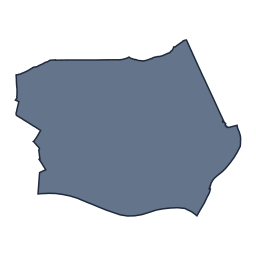 Barendrecht, Zuid-Holland, Netherlands
{"feature_id": "6326949B83173005742078", "entity_name": "Barendrecht", "entity_type": "district", "adm_level": 2, "iso_a3": "NLD", "parent_name": "Netherlands", "parent_adm1": "Zuid-Holland", "projection": "albers", "projection_center": [4.521, 51.852], "detail": "fine", "context": "isolated", "style": "filled", "palette": "slate", "viewbox_px": 256, "rotation_deg": 0, "n_neighbors": 0, "source": "geoboundaries", "source_scale": "gbopen_adm2", "svg_char_len": 5119}
<svg xmlns="http://www.w3.org/2000/svg" viewBox="0 0 256 256"><path d="M38.0,193.9L41.6,193.6L45.3,193.5L48.7,193.3L55.9,193.5L60.1,194.1L63.0,194.5L65.7,195.1L69.4,195.8L70.2,196.0L77.4,198.2L81.3,199.9L84.5,201.2L87.3,202.4L91.7,204.1L97.2,206.4L98.9,207.1L106.1,210.0L113.3,212.5L118.4,214.2L119.4,214.6L120.4,214.8L120.6,214.9L127.6,216.0L134.7,215.8L141.9,214.6L149.0,212.4L156.1,210.1L156.5,210.0L160.8,209.2L163.2,208.8L170.3,208.0L177.5,207.7L177.8,207.7L184.7,208.4L185.2,208.6L188.0,210.0L190.9,211.4L191.8,211.9L192.2,212.1L192.4,212.3L194.3,213.7L195.1,214.3L196.9,215.8L200.3,209.8L202.1,206.8L203.3,204.7L204.4,202.9L205.2,201.1L205.8,199.9L206.3,198.8L206.8,197.7L207.8,195.6L208.2,195.3L208.4,194.8L208.5,194.5L208.7,194.0L209.1,193.3L209.2,193.0L209.3,192.7L209.5,192.3L209.6,192.0L209.7,191.5L209.9,190.7L210.0,190.4L210.1,190.0L210.3,189.1L210.2,189.1L210.3,189.0L210.3,188.9L209.7,188.7L209.8,188.2L209.5,188.1L209.4,188.3L209.2,188.2L209.6,187.7L209.8,187.5L209.9,187.2L210.2,186.7L210.1,186.4L210.4,185.8L210.2,185.6L210.7,184.6L210.9,183.9L211.1,183.1L212.3,181.0L212.6,180.4L213.3,179.6L213.3,179.4L214.7,177.9L215.3,177.4L216.7,176.1L217.1,175.8L222.7,171.3L223.3,170.6L225.0,169.0L226.4,167.4L227.8,165.7L229.4,163.7L230.7,162.1L231.8,160.5L232.8,159.2L234.1,157.4L234.7,156.4L236.0,154.2L237.2,152.2L238.6,149.5L239.6,147.6L239.8,147.2L240.2,146.4L240.5,143.7L240.5,142.1L240.6,139.1L240.6,138.0L240.4,136.3L240.1,134.9L240.0,134.6L239.5,133.0L239.1,131.7L237.6,128.2L237.5,127.7L237.1,125.3L228.4,127.5L228.2,127.3L227.9,127.1L227.2,127.4L226.6,126.2L226.1,126.5L225.5,125.7L225.1,124.9L225.2,124.7L225.2,124.4L225.3,123.9L225.3,123.7L225.2,123.5L225.3,123.5L225.2,123.4L225.0,123.0L224.8,122.6L224.7,122.5L222.6,121.9L223.0,120.5L223.5,120.7L220.1,113.4L218.4,109.7L215.4,103.1L213.7,99.4L210.1,91.7L205.9,82.6L204.0,78.5L203.0,76.5L201.2,72.6L201.1,72.4L200.3,70.5L199.0,67.8L192.7,53.9L191.2,50.5L190.6,49.3L188.5,44.6L186.4,40.0L185.0,40.2L184.7,40.3L183.9,40.6L183.5,40.7L183.3,40.8L183.1,41.0L182.9,41.1L182.6,41.5L182.4,41.8L182.2,41.9L181.7,42.2L181.5,42.4L181.0,42.6L179.8,43.5L179.4,43.8L178.7,44.3L177.5,45.1L177.0,45.5L176.8,45.6L175.8,46.4L175.5,46.8L175.1,46.9L173.8,46.9L173.7,47.2L173.5,47.6L173.4,48.0L173.2,48.4L173.1,48.7L173.0,48.9L172.8,49.3L172.6,49.6L172.4,49.8L172.1,50.3L171.7,50.8L170.6,51.5L169.6,52.9L169.1,52.9L168.6,53.0L167.7,53.4L167.0,53.7L165.4,54.4L164.5,54.9L164.1,55.0L163.3,55.3L162.7,55.6L161.9,55.9L161.2,56.1L159.4,56.5L159.2,56.5L158.9,56.5L158.4,56.5L157.6,56.6L157.3,56.6L156.5,56.9L156.0,57.0L155.5,57.1L154.9,57.1L154.5,57.2L154.0,57.4L153.7,57.5L153.4,57.6L153.1,57.7L151.9,58.4L151.8,58.7L151.6,58.7L151.3,58.5L149.5,59.2L149.1,59.4L147.6,59.9L146.0,60.4L145.3,60.6L143.7,60.9L142.5,60.9L142.4,60.9L140.9,60.7L140.7,60.7L140.2,60.6L139.7,60.6L138.7,60.5L137.5,60.2L137.3,60.2L136.5,59.8L135.7,59.5L135.1,59.5L134.9,59.5L134.4,59.4L134.4,59.5L134.2,59.4L131.8,58.6L131.5,58.5L131.3,58.5L131.2,58.5L130.6,58.2L129.8,57.7L129.5,57.4L129.3,57.3L129.1,57.1L128.9,57.1L128.7,57.3L128.3,57.5L126.3,58.4L124.5,58.9L122.6,59.4L122.1,59.5L120.6,59.7L118.6,59.8L117.0,59.8L108.1,59.8L96.2,60.0L69.1,60.0L60.7,60.1L55.4,60.2L55.4,59.9L53.8,60.0L50.2,60.2L49.8,60.4L49.4,60.6L48.0,61.5L47.6,61.7L46.8,62.0L46.0,62.2L45.6,62.3L45.3,62.4L45.2,62.5L44.9,62.6L44.4,62.9L43.6,63.3L43.2,63.6L42.2,64.1L41.7,64.3L40.8,64.7L39.9,65.1L40.0,65.1L39.8,65.2L39.2,65.4L38.4,65.8L38.2,66.0L37.7,66.3L37.2,66.6L36.8,66.7L36.6,66.8L35.8,66.9L35.5,66.9L34.9,67.0L34.3,67.2L33.7,67.2L33.3,67.3L32.8,67.6L32.6,67.7L32.6,67.8L32.4,67.8L32.1,68.1L31.7,68.4L30.6,69.0L29.9,69.4L29.7,69.6L29.2,69.9L28.8,70.1L27.5,70.8L27.4,70.9L26.8,71.2L26.1,71.5L25.7,71.7L25.5,71.8L25.1,72.0L24.7,72.2L24.4,72.3L23.2,72.8L22.8,73.0L22.3,73.1L21.3,73.6L21.0,73.8L20.0,74.2L19.9,74.2L19.2,74.2L18.8,74.3L18.6,74.4L18.4,74.5L18.0,74.7L17.7,74.7L17.5,74.8L17.1,74.8L16.6,74.8L15.5,74.9L15.8,74.9L16.0,75.2L16.2,75.5L16.2,75.9L16.2,76.8L16.3,78.2L16.4,79.8L16.4,81.6L16.5,82.7L16.5,83.3L16.7,86.6L16.9,87.7L17.0,88.8L17.0,89.6L17.0,90.4L17.0,91.3L17.0,92.2L17.0,93.0L17.0,94.2L17.0,94.6L16.8,96.6L16.8,96.8L16.9,97.2L17.0,97.6L17.1,97.8L16.3,98.8L15.9,99.5L15.4,100.1L18.8,101.6L18.6,102.5L17.3,108.0L17.1,109.0L16.4,112.0L16.1,113.1L16.1,113.4L16.1,113.9L16.1,114.1L16.2,114.5L16.4,115.2L16.5,115.4L18.8,116.8L19.9,117.5L20.9,118.0L22.0,118.7L22.9,119.3L23.9,120.0L24.6,120.4L25.4,120.9L26.9,121.8L27.6,122.2L29.3,123.3L29.8,123.6L32.2,125.2L32.9,125.6L33.1,125.8L33.5,126.0L34.8,126.7L35.9,127.4L36.7,127.9L37.0,128.1L37.5,128.5L37.8,128.6L38.8,129.3L40.6,130.5L37.8,135.3L36.5,137.5L36.0,138.2L35.1,139.5L34.8,139.9L33.9,141.1L33.3,141.5L34.3,142.2L34.9,143.1L37.2,145.7L38.6,147.2L39.1,147.9L39.4,148.4L39.5,148.6L39.5,148.8L39.4,149.0L39.0,149.6L38.9,149.8L38.8,150.0L39.0,151.6L39.8,158.4L40.0,158.8L39.2,159.3L39.3,159.4L39.2,159.4L39.3,159.6L39.6,160.1L40.4,161.2L40.8,161.8L41.4,162.8L41.6,163.1L41.9,163.6L42.2,164.0L44.9,168.4L45.7,169.8L44.3,170.4L42.8,171.1L40.6,172.1L39.6,172.6L39.1,178.9L39.1,179.2L38.6,186.0L38.0,193.9Z" fill="#64748b" stroke="#1e293b" stroke-width="1.5"/></svg>